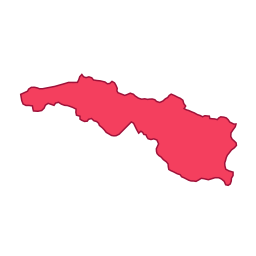 Barra do Rocha, Bahia, Brazil (Robinson projection), rotated 274°
{"feature_id": "56859067B92025314494769", "entity_name": "Barra do Rocha", "entity_type": "district", "adm_level": 2, "iso_a3": "BRA", "parent_name": "Brazil", "parent_adm1": "Bahia", "projection": "robinson", "projection_center": [-39.586, -14.075], "detail": "fine", "context": "isolated", "style": "filled", "palette": "rose", "viewbox_px": 256, "rotation_deg": 274, "n_neighbors": 0, "source": "geoboundaries", "source_scale": "gbopen_adm2", "svg_char_len": 2438}
<svg xmlns="http://www.w3.org/2000/svg" viewBox="0 0 256 256"><g transform="rotate(274 128 128)"><path d="M161.2,40.0L161.0,36.9L161.7,34.7L162.1,31.9L161.8,28.7L159.9,26.2L157.7,25.2L155.9,21.9L154.1,18.6L147.9,20.1L144.6,21.7L143.4,24.6L143.6,27.6L143.4,31.1L140.5,31.8L138.4,32.5L138.4,36.9L139.4,40.7L141.9,42.9L145.0,44.0L147.0,46.6L146.2,49.8L145.4,52.6L147.8,54.0L148.8,56.9L147.2,59.8L146.2,63.2L146.2,66.0L145.5,68.7L144.6,71.7L143.2,74.9L140.0,74.9L137.2,75.7L136.4,79.3L133.5,79.5L132.5,81.3L131.5,84.2L132.0,86.9L133.9,88.0L134.9,90.9L132.8,93.6L132.3,96.2L130.7,98.3L128.6,99.3L126.5,102.3L124.6,104.4L122.1,106.6L120.7,109.5L119.4,112.1L119.2,114.5L119.5,116.7L121.2,119.6L134.3,130.9L133.2,133.2L127.1,136.7L123.6,139.0L125.7,141.1L124.6,143.0L122.7,144.2L122.5,146.4L120.5,147.4L118.7,148.8L118.1,151.7L119.0,154.5L118.1,157.6L116.1,158.7L114.3,159.6L109.2,157.7L106.4,158.1L104.5,158.8L102.7,160.7L101.4,163.0L98.9,165.5L96.9,168.7L94.9,170.5L92.1,170.9L89.5,171.6L88.5,173.6L87.5,176.4L85.8,180.3L85.1,183.3L83.1,184.9L82.2,187.5L80.9,190.5L80.1,192.4L79.6,194.6L79.7,197.2L79.5,199.6L81.1,202.1L82.9,204.6L82.7,207.5L82.0,211.8L83.2,215.0L84.5,218.3L84.7,222.2L83.5,225.0L81.5,227.7L78.2,229.4L77.8,231.9L79.3,233.9L82.3,234.7L85.1,234.7L87.9,236.1L91.3,235.9L92.3,231.6L93.7,228.4L97.0,227.3L99.9,226.9L102.6,227.6L105.4,228.1L107.8,229.0L110.1,230.6L113.3,232.7L115.7,235.5L118.2,237.4L120.7,236.9L122.5,234.8L124.2,232.6L126.8,231.1L130.4,231.1L133.5,232.9L136.7,234.9L139.5,235.5L139.3,233.3L140.1,231.3L141.0,229.1L143.3,227.3L144.9,225.4L145.5,222.9L145.6,219.7L144.4,217.9L142.6,216.5L143.1,213.9L143.1,211.5L143.2,209.0L145.5,208.3L145.6,203.8L144.4,201.6L145.5,199.1L146.2,196.3L147.7,193.1L148.6,190.3L149.7,187.3L150.2,184.9L151.3,182.6L153.9,184.0L156.3,181.9L159.5,180.8L161.2,178.2L162.1,175.6L163.6,172.1L164.8,168.7L163.3,166.8L161.2,165.5L159.7,163.2L157.4,161.0L155.7,157.9L156.5,154.6L158.1,152.8L158.6,150.4L158.4,147.9L157.9,145.5L158.3,142.6L157.7,139.6L158.5,136.3L160.5,132.8L162.0,131.1L162.9,127.8L161.4,125.0L160.3,122.5L161.5,118.8L162.5,115.5L164.4,114.3L166.8,114.5L169.9,112.9L172.1,111.4L173.4,108.8L171.1,106.6L170.7,104.3L172.3,101.8L173.1,97.0L173.2,93.6L173.5,90.2L175.6,88.3L176.3,85.4L175.3,82.6L176.0,80.1L178.2,78.2L175.8,76.3L172.7,75.5L170.0,74.4L169.7,71.0L169.5,68.0L169.3,65.4L168.2,62.6L164.4,52.1L161.2,40.0Z" fill="#f43f5e" stroke="#9f1239" stroke-width="1.5"/></g></svg>